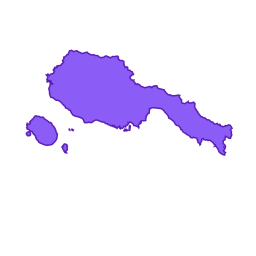 Kota Tidore Kepulauan, Maluku Utara, Indonesia (Albers equal-area conic projection), rotated 300°
{"feature_id": "22746128B24002479708791", "entity_name": "Kota Tidore Kepulauan", "entity_type": "district", "adm_level": 2, "iso_a3": "IDN", "parent_name": "Indonesia", "parent_adm1": "Maluku Utara", "projection": "albers", "projection_center": [127.622, 0.39], "detail": "fine", "context": "isolated", "style": "filled", "palette": "violet", "viewbox_px": 256, "rotation_deg": 300, "n_neighbors": 0, "source": "geoboundaries", "source_scale": "gbopen_adm2", "svg_char_len": 5855}
<svg xmlns="http://www.w3.org/2000/svg" viewBox="0 0 256 256"><g transform="rotate(300 128 128)"><path d="M133.2,30.8L132.5,32.6L131.4,33.3L129.4,33.5L128.5,35.1L128.9,35.7L129.4,35.4L129.4,36.1L130.1,36.8L129.6,36.6L129.1,37.0L129.8,37.2L129.2,37.8L129.2,38.8L128.6,39.2L128.6,40.6L127.8,40.4L127.9,39.4L129.1,38.5L128.2,38.6L128.0,38.2L126.0,39.2L122.6,39.7L119.2,42.7L118.5,42.8L116.0,45.8L116.7,47.7L116.1,51.7L117.1,54.0L116.9,57.0L115.5,60.9L115.6,62.3L114.2,63.7L114.6,66.5L114.0,68.1L114.5,69.2L112.8,71.4L111.7,73.9L111.9,76.4L113.0,80.0L113.4,83.4L113.0,85.1L111.2,87.1L111.0,88.1L112.9,90.8L113.4,91.0L114.1,93.2L115.1,94.2L116.2,94.4L118.7,96.0L119.5,97.5L120.2,102.4L121.0,104.2L120.7,106.6L121.5,108.2L121.0,108.9L121.5,111.4L121.2,112.3L122.7,113.3L122.6,113.8L121.8,114.2L121.9,114.5L122.6,114.5L123.2,115.0L122.2,115.7L122.7,116.1L122.1,117.0L122.7,117.7L122.2,118.7L122.6,118.9L123.6,118.4L124.1,118.6L124.3,120.0L125.3,120.0L124.4,121.0L123.7,121.1L123.6,122.0L124.3,122.2L125.1,123.4L127.3,123.7L127.7,125.4L129.1,124.9L129.5,125.7L131.0,126.3L131.6,125.9L132.2,126.0L132.8,125.5L132.8,126.3L134.2,126.6L134.3,129.0L134.0,130.5L133.1,131.7L134.0,135.2L137.2,136.0L138.0,135.6L139.4,136.0L139.9,135.7L140.6,135.9L141.4,136.5L142.7,139.0L143.6,139.6L144.6,138.8L147.1,138.2L147.4,137.7L149.5,138.2L150.4,137.8L151.6,138.9L155.4,137.0L155.6,137.6L157.0,138.2L158.2,139.6L161.3,146.8L161.3,149.4L159.8,153.0L159.8,153.8L158.8,156.4L156.9,158.6L157.2,160.4L156.6,163.9L156.0,165.6L155.1,166.7L154.6,168.7L155.1,170.3L155.0,171.6L154.2,173.3L153.1,174.4L153.4,175.3L152.1,177.8L152.1,181.0L151.7,182.0L152.1,184.1L151.1,187.2L151.6,188.7L152.6,189.2L152.8,189.8L153.1,189.7L152.8,190.0L153.5,192.3L153.0,193.4L152.2,194.0L152.3,194.6L150.7,195.5L150.4,196.3L150.6,197.5L149.3,198.8L150.1,199.0L150.9,198.4L154.2,198.2L154.9,197.5L156.0,197.8L156.4,198.4L155.9,199.3L156.4,201.3L157.1,202.0L157.2,203.7L158.1,204.4L158.3,205.2L158.0,208.1L157.3,210.3L156.7,211.1L157.1,212.0L156.3,212.7L155.7,212.5L156.2,213.1L155.0,216.0L152.9,218.8L152.4,220.8L152.4,223.4L152.9,225.2L154.5,224.5L155.5,224.7L155.7,222.7L156.2,221.9L157.4,222.4L158.6,222.3L159.3,220.9L159.7,221.9L161.0,221.6L161.7,220.4L162.2,218.3L162.8,217.6L164.7,217.0L165.4,217.1L166.1,217.9L169.6,216.5L169.7,220.7L170.1,221.7L170.7,221.9L171.1,221.6L174.1,221.3L174.5,220.5L175.4,219.8L176.3,219.7L177.9,217.5L179.8,218.3L181.5,215.1L180.9,213.4L179.1,212.4L178.8,211.1L177.8,210.8L176.5,209.7L176.7,209.1L176.1,207.8L177.0,205.7L176.2,205.6L175.9,204.6L176.6,202.9L175.5,202.3L174.9,201.5L174.8,200.1L175.4,198.6L175.0,196.3L175.5,194.2L174.6,192.2L175.2,189.9L174.7,188.6L174.7,186.3L174.3,185.2L175.0,184.1L175.0,183.3L175.9,182.1L176.3,180.5L176.9,180.3L177.0,179.3L177.9,178.2L178.6,176.4L179.6,175.2L182.7,173.7L182.9,172.9L182.6,172.3L183.1,171.9L181.4,170.3L180.2,168.4L180.4,166.9L180.8,166.8L177.6,165.2L176.7,162.4L176.7,162.0L178.5,160.5L179.1,160.4L180.1,157.3L181.1,156.6L182.1,156.5L181.5,154.8L180.3,153.7L178.2,150.6L177.8,149.6L177.9,148.1L177.2,147.2L177.0,145.6L177.8,142.4L179.1,140.2L177.5,134.8L177.7,133.4L178.9,132.0L178.2,130.3L177.3,130.1L177.0,129.1L175.4,128.4L174.9,128.5L174.6,127.9L175.1,127.1L174.9,126.2L171.3,122.5L170.6,118.4L170.6,117.6L171.2,116.7L171.1,114.9L170.6,114.3L170.9,113.8L169.9,113.4L169.7,112.4L170.7,111.4L171.5,109.4L172.4,109.1L171.7,108.5L171.7,107.6L171.3,107.1L172.3,104.8L173.5,104.1L174.1,104.6L175.6,104.5L176.3,105.6L177.4,105.9L177.7,105.0L178.8,103.7L178.5,102.2L178.9,100.7L178.2,99.3L178.7,98.3L180.1,97.6L180.4,96.9L180.3,96.1L178.9,95.0L180.6,93.4L181.2,92.3L182.1,92.2L183.6,91.0L183.5,89.0L182.5,87.6L182.5,86.6L182.9,86.1L182.8,85.0L184.6,84.3L185.0,83.0L184.3,82.6L184.3,81.8L183.4,81.2L182.3,79.0L179.8,77.5L180.0,76.0L179.5,74.6L179.7,73.5L179.0,72.5L176.8,71.4L176.5,70.6L175.3,69.4L175.1,67.7L175.5,65.6L174.4,63.4L174.4,61.6L173.8,61.1L173.0,59.5L172.7,56.6L173.2,54.6L169.5,51.0L169.4,48.0L169.0,47.5L169.4,45.2L166.9,42.4L167.1,40.4L165.6,38.8L161.7,39.2L160.7,38.4L159.8,38.4L158.0,37.7L157.1,36.9L156.3,37.8L153.6,37.6L153.1,38.1L153.1,39.1L151.2,39.1L150.1,38.5L148.5,38.4L146.4,35.5L145.1,36.3L145.1,35.6L144.2,35.4L144.1,34.4L143.6,34.3L142.8,34.3L142.6,35.0L141.3,34.3L141.2,34.7L140.4,34.8L140.4,35.9L138.1,36.1L135.8,34.0L134.0,33.7L133.9,32.8L134.7,31.8L134.4,31.5L133.9,31.7L133.2,30.8ZM81.6,40.3L81.6,38.4L80.1,38.8L79.5,39.2L79.5,39.8L78.9,40.2L77.7,40.1L77.7,40.5L76.7,41.2L77.1,42.9L76.4,44.4L77.0,46.6L75.5,49.1L75.1,51.4L72.5,54.3L71.9,56.7L71.0,58.0L71.6,63.5L72.4,66.3L75.0,69.7L76.2,70.6L80.7,71.7L83.3,71.6L87.2,70.0L87.5,69.2L88.0,69.1L88.0,68.3L90.0,66.5L91.8,63.9L92.6,61.3L93.9,59.3L94.0,58.0L93.4,57.1L93.8,55.8L94.2,51.0L94.9,49.2L94.5,48.1L93.6,47.3L93.6,45.1L92.7,44.0L92.8,42.9L92.0,41.6L88.1,41.1L87.5,40.6L86.5,40.8L85.4,40.1L84.6,40.3L84.4,40.0L83.9,40.0L83.9,40.6L82.3,41.1L81.6,40.3ZM79.8,80.5L78.5,80.3L78.2,81.2L76.8,82.8L76.6,83.7L75.8,84.4L75.2,86.0L75.8,87.1L76.1,86.1L76.7,85.6L77.9,86.3L79.6,85.9L80.8,84.7L81.7,84.8L82.4,83.6L82.9,83.4L82.8,81.7L82.2,80.8L80.7,80.6L80.1,81.0L79.8,80.5ZM72.6,42.7L71.8,43.2L71.1,44.9L72.1,46.6L73.0,47.0L74.3,46.6L75.2,45.6L75.3,44.9L75.1,44.1L73.9,42.9L72.6,42.7ZM125.5,125.9L123.6,125.8L123.7,126.5L124.2,127.1L124.9,127.1L125.5,125.9ZM130.9,128.3L129.4,128.5L129.1,129.8L130.9,129.0L130.9,128.3ZM139.3,136.1L138.0,135.9L137.9,136.5L138.9,136.8L139.9,136.4L139.7,136.0L139.3,136.1ZM134.5,136.4L133.9,136.1L133.5,137.2L134.5,136.9L134.5,136.4ZM126.8,130.6L127.6,130.3L127.5,129.5L126.5,130.1L126.8,130.6ZM99.0,81.0L99.0,80.1L98.4,80.1L98.2,81.6L98.7,81.6L98.3,80.9L98.5,80.7L99.0,81.0ZM125.6,128.7L126.2,127.5L125.9,127.3L125.0,128.4L125.6,128.7ZM97.7,78.0L97.9,77.1L97.3,78.1L97.0,77.5L97.0,78.5L97.7,78.0ZM128.0,35.5L128.1,34.8L127.9,34.6L127.5,35.1L128.0,35.5Z" fill="#8b5cf6" stroke="#5b21b6" stroke-width="1.5"/></g></svg>